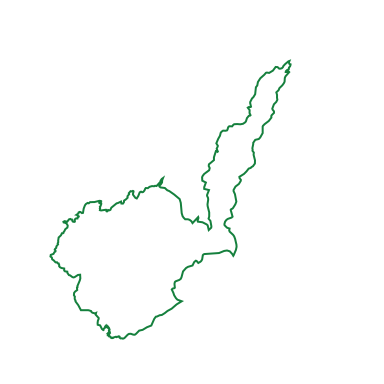 Alto Amazonas, Loreto, Peru, rotated 43°
{"feature_id": "86281439B99905701957938", "entity_name": "Alto Amazonas", "entity_type": "district", "adm_level": 2, "iso_a3": "PER", "parent_name": "Peru", "parent_adm1": "Loreto", "projection": "equal_earth", "projection_center": [-76.069, -4.915], "detail": "fine", "context": "isolated", "style": "outline", "palette": "green", "viewbox_px": 384, "rotation_deg": 43, "n_neighbors": 0, "source": "geoboundaries", "source_scale": "gbopen_adm2", "svg_char_len": 6082}
<svg xmlns="http://www.w3.org/2000/svg" viewBox="0 0 384 384"><g transform="rotate(43 192 192)"><path d="M254.7,299.1L255.2,295.7L256.7,291.2L257.4,284.7L259.0,278.9L254.8,280.7L252.7,280.6L249.4,279.7L247.0,278.4L243.7,277.1L243.7,275.9L244.7,274.3L244.7,273.7L241.8,271.1L240.9,269.6L240.9,268.6L242.7,264.9L243.0,263.1L242.4,261.4L239.6,256.2L239.5,251.6L240.1,249.5L242.5,245.4L241.4,241.8L241.6,239.7L242.3,239.3L245.0,239.6L245.7,237.3L245.8,236.1L245.4,234.4L243.0,230.8L243.0,229.8L243.4,228.9L253.4,218.2L255.7,213.2L257.5,210.9L260.1,209.6L263.7,209.9L265.7,210.5L265.6,209.9L263.6,204.4L262.0,201.7L260.4,200.2L255.5,196.9L253.1,195.7L251.3,195.3L246.6,195.3L245.4,194.7L244.4,193.1L242.1,194.2L240.6,194.2L238.5,194.1L237.6,193.4L236.4,191.1L236.2,188.8L236.6,187.1L238.4,183.7L238.5,182.4L232.5,178.7L232.4,177.7L232.9,176.7L232.9,175.6L232.1,171.5L231.0,168.8L224.9,164.3L221.8,163.0L221.0,162.1L220.1,158.4L220.8,154.1L220.1,150.7L219.5,149.8L217.3,149.4L216.3,148.6L217.7,143.3L217.8,139.7L217.5,136.2L218.5,134.4L218.5,133.2L219.0,131.6L218.6,128.3L216.5,125.9L211.7,122.8L210.3,121.0L208.1,120.6L207.4,119.6L206.3,118.8L204.1,115.2L203.2,114.2L202.7,110.7L204.7,107.7L204.7,105.6L203.5,100.7L199.1,96.0L198.8,95.3L198.8,93.0L199.7,87.7L199.3,83.4L198.2,82.4L197.9,81.5L198.0,78.2L196.9,77.1L194.8,76.8L193.9,76.3L192.1,72.0L192.2,68.7L191.5,66.3L189.9,65.1L188.0,63.0L185.7,61.6L185.9,58.6L185.1,56.4L185.3,52.4L185.0,49.9L184.5,48.2L182.1,45.3L181.5,43.7L181.3,38.0L180.5,37.9L179.6,39.5L178.7,40.3L178.3,39.7L178.3,38.3L179.0,36.1L178.1,34.9L178.0,33.2L177.4,31.9L177.0,31.4L176.0,31.9L175.0,31.5L174.4,31.0L173.9,29.7L173.4,30.7L172.9,34.9L172.9,37.5L173.4,38.9L173.3,40.2L172.6,41.4L171.7,42.3L169.4,42.3L167.9,43.5L168.4,48.0L167.2,52.3L165.3,53.6L164.8,54.4L164.9,57.0L164.4,62.2L165.2,66.6L167.1,69.6L167.3,71.8L171.5,77.4L172.2,80.8L172.1,82.7L173.2,86.5L173.9,87.3L177.0,89.4L176.9,89.9L175.5,91.3L175.3,92.3L178.3,92.8L180.2,95.0L182.4,95.9L182.4,96.5L181.6,97.5L181.8,100.5L183.2,103.4L183.4,104.6L182.8,107.3L181.2,109.5L178.7,111.5L176.6,113.7L176.4,115.0L176.6,116.6L174.4,118.5L174.3,120.0L175.4,122.1L175.6,123.0L174.8,124.3L172.9,125.9L172.5,127.7L172.6,129.1L174.1,131.8L174.9,135.2L176.6,139.8L179.4,140.6L179.8,141.3L180.5,143.5L183.3,144.8L183.2,145.3L181.7,145.3L181.5,145.6L184.4,151.7L186.3,153.7L185.5,160.2L186.5,161.6L188.6,162.4L189.7,164.4L188.6,170.4L188.8,172.8L189.3,174.3L191.8,176.7L195.7,175.6L197.6,180.1L198.8,181.4L203.1,179.0L205.0,183.8L205.6,184.5L207.8,185.4L209.1,186.6L211.7,190.4L213.0,191.6L218.5,195.2L221.3,198.2L222.3,200.2L225.2,200.6L229.6,203.9L230.4,205.0L230.2,208.4L226.2,205.7L224.8,205.7L220.3,207.0L216.5,209.7L215.7,209.2L214.4,206.6L213.6,206.1L213.6,214.4L211.5,213.8L209.2,214.0L207.5,214.8L205.6,216.6L203.4,216.5L201.6,216.1L198.9,214.5L191.2,207.6L187.8,205.6L180.6,206.0L174.8,206.8L172.7,207.6L169.4,207.6L165.9,210.1L164.5,210.2L164.0,210.0L163.8,209.4L164.0,207.9L163.6,205.5L162.2,203.8L161.3,201.6L161.0,203.1L161.3,205.1L161.9,206.0L162.0,211.8L160.7,212.7L160.4,213.6L158.7,215.0L157.4,217.2L157.1,219.3L155.5,220.6L155.5,221.4L156.2,223.3L156.3,225.2L155.7,226.2L154.5,226.5L154.0,227.9L155.4,231.5L156.0,234.4L154.6,234.9L150.7,234.2L150.1,233.7L149.0,231.6L148.5,231.3L148.0,231.5L147.5,232.7L146.5,233.3L146.6,236.0L147.5,236.4L147.7,239.1L148.8,240.1L148.7,242.5L148.2,244.6L149.2,246.0L149.4,247.6L148.2,248.6L146.6,247.4L145.3,250.7L144.6,251.7L143.7,258.5L144.5,260.7L144.1,261.7L143.0,262.3L143.3,263.4L143.1,264.2L142.6,264.4L141.6,263.5L141.2,263.6L138.1,267.5L137.0,268.1L136.1,266.8L135.7,266.8L135.1,265.6L134.7,265.5L134.7,264.7L133.9,262.8L133.3,262.1L132.7,261.9L132.2,263.1L131.5,263.2L131.2,262.6L131.9,261.9L131.9,261.5L131.8,260.7L131.5,260.7L130.3,261.6L127.5,265.9L124.4,268.9L124.2,270.7L123.1,271.2L122.6,273.3L122.8,274.8L124.1,278.0L126.5,281.6L125.9,282.5L124.1,282.7L123.3,283.3L123.0,284.4L123.6,285.1L123.1,287.4L123.6,287.1L124.2,287.4L125.7,287.0L126.0,287.2L125.9,288.8L126.3,289.5L125.2,290.4L125.0,291.8L125.1,292.4L126.3,293.2L126.5,293.9L125.4,294.8L124.7,294.9L122.9,294.0L122.2,294.6L121.4,294.7L120.7,295.9L121.0,298.8L118.7,300.2L118.3,301.5L118.9,301.8L119.9,301.0L120.4,301.1L121.5,300.6L123.2,301.0L124.1,301.4L125.1,303.0L124.7,305.6L125.4,307.9L125.4,308.8L125.9,309.6L125.7,310.3L125.0,310.9L125.7,313.1L125.5,316.2L127.4,319.0L128.4,319.9L128.8,321.2L129.7,321.6L129.9,324.2L130.8,325.5L130.7,327.1L131.0,327.9L132.2,328.0L132.7,328.6L132.4,329.9L132.9,331.7L131.6,334.3L132.5,335.7L134.2,335.5L135.7,336.6L137.4,336.3L139.9,336.5L140.6,336.3L141.1,335.5L142.7,335.7L143.2,335.2L144.8,336.0L145.3,336.8L146.6,337.1L148.4,336.6L150.7,335.1L152.1,336.6L153.3,336.6L155.1,335.3L156.2,336.2L158.7,336.7L159.7,336.1L162.6,335.8L163.7,335.2L164.2,334.3L165.2,330.4L166.6,328.8L169.3,331.4L170.3,333.3L172.4,339.1L173.1,339.5L173.1,340.4L174.9,342.0L174.4,344.6L174.6,346.2L176.0,348.0L177.8,348.5L178.5,349.6L179.8,350.6L180.7,350.7L181.5,351.5L185.9,352.3L191.4,354.2L197.0,349.0L199.4,347.9L200.3,348.3L201.5,348.2L203.9,346.9L204.3,345.9L205.1,347.4L209.7,347.8L210.3,348.5L211.0,350.4L212.4,352.3L213.6,353.4L215.8,352.2L219.5,353.6L221.3,353.5L221.4,353.2L220.9,352.6L220.7,352.0L220.9,351.0L220.2,349.6L220.2,348.3L221.1,348.8L221.8,348.7L221.8,348.9L222.0,348.6L221.9,348.2L222.5,348.5L222.5,347.8L223.7,348.0L224.3,348.5L224.5,348.3L225.6,348.9L225.7,350.0L226.5,350.5L226.8,350.6L226.8,351.1L227.2,350.4L227.7,350.7L227.6,351.3L228.2,351.3L228.3,352.8L227.9,352.7L228.0,353.0L227.8,352.9L227.6,353.4L228.0,353.6L227.8,354.0L228.1,354.3L229.3,353.5L229.8,354.1L230.5,353.6L231.2,353.5L231.7,353.9L232.3,353.8L232.8,353.2L233.1,353.4L233.8,352.7L233.9,352.2L233.7,352.1L235.1,349.7L235.8,349.6L236.9,347.4L237.7,347.2L238.2,347.9L239.6,347.8L240.5,346.8L241.2,346.6L241.9,345.8L242.2,344.6L242.3,340.1L242.7,338.7L244.0,337.4L246.3,336.4L247.5,335.4L247.8,333.9L247.9,329.4L249.9,326.5L251.3,321.6L253.3,317.4L250.9,310.5L250.6,307.9L251.4,306.8L252.4,304.2L253.8,302.5L254.7,299.1Z" fill="none" stroke="#15803d" stroke-width="2"/></g></svg>